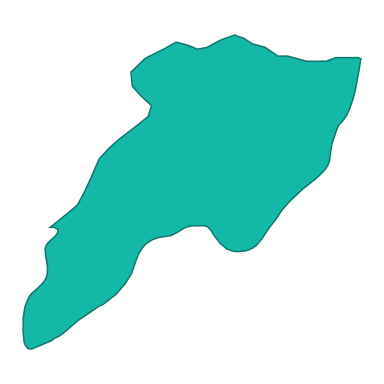 the district of Kim Hyong Gwon, Ryanggang, North Korea
{"feature_id": "82179303B61862606891781", "entity_name": "Kim Hyong Gwon", "entity_type": "district", "adm_level": 2, "iso_a3": "PRK", "parent_name": "North Korea", "parent_adm1": "Ryanggang", "projection": "albers", "projection_center": [128.041, 40.654], "detail": "fine", "context": "isolated", "style": "filled", "palette": "teal", "viewbox_px": 384, "rotation_deg": 0, "n_neighbors": 0, "source": "geoboundaries", "source_scale": "gbopen_adm2", "svg_char_len": 1549}
<svg xmlns="http://www.w3.org/2000/svg" viewBox="0 0 384 384"><path d="M361.0,58.7L357.0,57.5L352.1,57.6L347.3,57.6L342.4,57.6L336.0,57.6L326.3,61.2L316.6,61.3L306.9,61.3L294.0,57.8L287.6,56.1L277.9,56.1L265.1,47.3L252.2,43.8L244.2,38.5L234.6,35.0L220.0,40.3L207.0,47.4L197.3,49.2L189.3,45.7L176.4,42.1L163.5,49.2L145.6,58.1L130.9,72.2L132.4,86.4L140.3,95.2L151.5,105.8L148.2,116.4L135.1,127.0L118.8,139.4L109.0,148.2L99.2,158.8L90.8,178.3L84.2,192.4L77.5,204.8L69.4,211.8L56.3,222.4L50.2,227.4L54.0,227.3L58.0,229.5L57.6,232.8L55.1,236.4L48.7,242.0L46.2,245.3L45.1,249.1L45.8,256.9L46.6,260.5L47.5,268.3L47.4,272.5L46.7,276.3L45.3,279.6L42.8,283.0L39.2,286.8L32.0,293.1L29.2,296.7L27.3,300.5L24.8,307.3L23.1,319.2L23.3,323.0L23.0,330.5L24.1,342.1L25.3,345.2L27.3,347.7L28.1,348.6L31.7,349.0L51.5,340.7L54.8,338.0L58.7,336.4L62.4,333.9L78.3,320.3L99.7,305.8L102.8,304.7L104.2,303.6L115.9,294.4L124.3,284.8L131.5,273.8L136.1,260.1L138.7,253.6L142.8,247.3L145.9,244.0L149.3,241.5L152.9,239.5L159.5,237.3L170.7,235.7L177.6,232.2L184.9,227.7L188.2,226.6L191.9,225.9L204.1,225.7L207.6,226.8L210.5,229.9L215.0,236.7L220.3,243.5L226.9,249.1L233.7,251.4L238.2,251.6L245.6,250.9L248.9,249.8L252.9,248.0L256.5,245.2L261.9,238.9L269.0,228.1L276.9,218.0L281.5,210.7L289.9,201.1L302.3,189.4L308.4,184.6L316.3,178.3L323.1,171.8L325.9,168.5L328.1,164.7L329.4,161.2L331.4,146.3L332.4,142.5L337.0,128.9L338.4,125.6L344.0,119.2L346.4,115.8L349.3,109.6L353.0,99.2L355.7,88.4L359.3,68.9L360.4,60.9L361.0,58.7Z" fill="#14b8a6" stroke="#0f766e" stroke-width="1.5"/></svg>